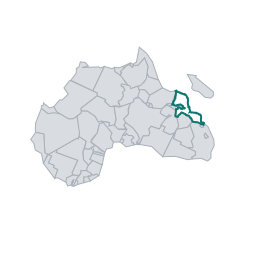 Africa, with Mozambique highlighted, rotated 295°
{"feature_id": "MOZ", "entity_name": "Mozambique", "entity_type": "country or territory", "adm_level": 0, "iso_a3": "MOZ", "parent_name": "Africa", "parent_adm1": "", "projection": "mercator", "projection_center": [35.316, -18.663], "detail": "fine", "context": "in_parent", "style": "outline", "palette": "teal", "viewbox_px": 256, "rotation_deg": 295, "n_neighbors": 49, "source": "natural_earth", "source_scale": "50m", "svg_char_len": 14482}
<svg xmlns="http://www.w3.org/2000/svg" viewBox="0 0 256 256"><g transform="rotate(295 128 128)"><path d="M166.9,133.7L179.0,142.2L178.9,150.9L181.5,155.1L179.7,156.5L168.4,157.9L166.6,153.1L159.8,150.6L157.2,146.4L156.6,141.8L159.8,139.2L159.0,134.2L166.9,133.7Z" fill="#d9dde1" stroke="#a8b0b8" stroke-width="1"/><path d="M70.3,66.9L70.3,70.7L62.8,70.6L62.9,77.0L60.8,77.2L60.7,82.0L51.3,82.8L60.3,66.2L70.3,66.9Z" fill="#d9dde1" stroke="#a8b0b8" stroke-width="1"/><path d="M156.6,141.8L159.8,150.6L155.2,151.0L154.4,158.5L157.2,159.4L157.4,161.9L151.7,158.1L140.3,156.9L139.3,148.2L135.6,147.4L133.2,149.8L129.7,150.0L127.1,145.0L117.6,144.8L120.9,141.8L123.1,142.9L126.3,139.6L130.0,132.6L132.1,122.0L134.2,120.2L140.9,122.4L148.2,119.6L152.1,119.7L154.5,121.8L157.4,121.1L160.8,126.6L157.8,130.2L156.6,141.8Z" fill="#d9dde1" stroke="#a8b0b8" stroke-width="1"/><path d="M184.4,135.4L183.0,125.3L185.6,122.0L192.0,120.2L198.5,113.4L189.1,110.7L186.6,107.5L187.9,105.4L191.3,107.8L206.0,104.1L203.6,113.2L198.4,122.0L184.4,135.4Z" fill="#d9dde1" stroke="#a8b0b8" stroke-width="1"/><path d="M179.0,142.2L166.9,133.7L169.5,127.3L167.2,121.9L170.1,119.1L176.5,123.4L185.0,122.7L183.0,125.3L184.4,135.4L179.0,142.2Z" fill="#d9dde1" stroke="#a8b0b8" stroke-width="1"/><path d="M145.8,112.8L144.0,111.8L143.2,111.2L143.5,108.6L139.8,102.8L142.3,95.5L144.2,95.7L144.1,85.2L146.7,85.2L146.7,80.4L173.7,80.4L175.1,88.6L177.2,90.1L173.6,92.5L172.3,100.5L167.7,107.3L167.1,111.8L164.3,103.6L161.2,109.2L158.1,108.1L155.7,110.2L150.7,110.0L146.9,108.1L144.2,112.0L145.8,112.8Z" fill="#d9dde1" stroke="#a8b0b8" stroke-width="1"/><path d="M144.1,86.3L144.2,95.7L142.3,95.5L139.8,102.8L141.9,106.1L130.8,113.6L124.7,114.7L121.7,109.8L125.1,108.8L123.1,101.1L120.7,98.6L124.6,93.3L126.1,84.3L123.7,78.3L126.0,76.9L144.1,86.3Z" fill="#d9dde1" stroke="#a8b0b8" stroke-width="1"/><path d="M127.1,199.3L128.2,198.0L131.9,200.5L135.2,199.0L135.2,189.6L137.4,194.8L139.0,194.6L142.9,190.9L148.2,191.4L156.8,183.0L160.8,183.4L162.5,188.6L162.3,192.3L160.5,192.1L159.6,194.6L161.0,196.0L164.5,194.6L163.1,199.8L154.0,210.4L148.5,213.6L141.2,213.4L135.6,215.9L131.7,214.1L131.4,207.4L127.1,199.3ZM155.8,200.3L153.7,200.0L151.3,202.7L153.8,204.5L155.8,200.3Z" fill="#d9dde1" stroke="#a8b0b8" stroke-width="1"/><path d="M155.8,200.3L153.8,204.5L151.3,202.7L153.7,200.0L155.8,200.3Z" fill="#d9dde1" stroke="#a8b0b8" stroke-width="1"/><path d="M160.8,183.4L153.6,181.5L147.3,172.5L151.4,173.0L158.7,167.2L164.6,170.1L164.1,178.7L160.8,183.4Z" fill="#d9dde1" stroke="#a8b0b8" stroke-width="1"/><path d="M156.8,183.0L148.2,191.4L142.9,190.9L139.0,194.6L137.4,194.8L135.2,189.6L135.2,182.4L137.4,182.3L137.5,173.7L147.3,172.5L153.6,181.5L156.8,183.0Z" fill="#d9dde1" stroke="#a8b0b8" stroke-width="1"/><path d="M135.2,182.4L135.2,199.0L131.9,200.5L128.2,198.0L127.1,199.3L124.5,195.5L122.4,183.1L116.6,171.5L146.9,172.1L137.5,173.7L137.4,182.3L135.2,182.4Z" fill="#d9dde1" stroke="#a8b0b8" stroke-width="1"/><path d="M52.1,100.4L50.0,97.8L53.4,93.7L56.9,93.4L62.4,98.0L63.9,103.1L52.2,103.3L51.8,101.5L58.6,100.6L52.1,100.4Z" fill="#d9dde1" stroke="#a8b0b8" stroke-width="1"/><path d="M63.9,103.1L62.4,98.0L63.5,96.2L77.4,96.0L75.4,73.1L78.8,73.0L97.1,86.0L97.2,87.5L99.7,87.3L98.3,95.8L87.6,97.2L80.9,100.7L77.7,107.9L71.8,108.3L69.3,103.4L66.9,104.5L63.9,103.1Z" fill="#d9dde1" stroke="#a8b0b8" stroke-width="1"/><path d="M51.3,82.8L60.7,82.0L60.8,77.2L62.9,77.0L62.8,70.6L70.3,70.7L70.3,66.9L78.8,73.0L75.4,73.1L77.4,96.0L63.5,96.2L62.4,98.0L56.9,93.4L52.6,94.5L53.1,85.0L51.3,82.8Z" fill="#d9dde1" stroke="#a8b0b8" stroke-width="1"/><path d="M96.1,117.4L94.2,117.6L93.8,110.8L91.8,107.7L96.5,103.6L98.6,107.1L96.2,112.2L96.1,117.4Z" fill="#d9dde1" stroke="#a8b0b8" stroke-width="1"/><path d="M123.7,78.3L126.1,84.3L124.6,93.3L120.7,98.6L123.1,101.1L122.2,103.0L119.7,100.4L110.5,102.2L102.4,99.8L99.3,100.6L98.2,104.9L92.3,102.2L90.9,97.3L98.3,95.8L99.7,87.3L117.2,76.8L122.1,79.2L123.7,78.3Z" fill="#d9dde1" stroke="#a8b0b8" stroke-width="1"/><path d="M96.1,117.4L99.9,100.1L110.5,102.2L119.7,100.4L123.1,104.0L116.7,115.7L111.0,116.9L109.3,120.7L103.4,121.9L99.8,117.3L96.1,117.4Z" fill="#d9dde1" stroke="#a8b0b8" stroke-width="1"/><path d="M122.9,102.2L125.1,108.8L121.7,109.8L125.0,114.1L122.9,120.8L126.2,127.7L111.9,126.4L109.3,121.4L109.9,119.1L113.0,115.6L116.7,115.7L122.9,102.2Z" fill="#d9dde1" stroke="#a8b0b8" stroke-width="1"/><path d="M92.0,106.5L94.2,117.6L92.4,118.1L89.9,107.1L92.0,106.5Z" fill="#d9dde1" stroke="#a8b0b8" stroke-width="1"/><path d="M90.1,106.4L92.4,118.1L83.5,120.2L83.3,106.6L90.1,106.4Z" fill="#d9dde1" stroke="#a8b0b8" stroke-width="1"/><path d="M71.8,108.3L75.9,107.6L83.6,109.6L83.5,120.2L72.5,121.7L72.8,118.6L70.5,116.9L71.8,108.3Z" fill="#d9dde1" stroke="#a8b0b8" stroke-width="1"/><path d="M58.9,102.8L66.9,104.5L69.3,103.4L71.8,108.3L71.2,114.1L69.1,114.9L67.9,112.1L66.2,112.6L64.8,108.7L59.9,111.3L55.7,106.4L58.9,102.8Z" fill="#d9dde1" stroke="#a8b0b8" stroke-width="1"/><path d="M52.2,103.3L58.9,102.8L58.8,104.6L55.7,106.4L52.2,103.3Z" fill="#d9dde1" stroke="#a8b0b8" stroke-width="1"/><path d="M70.8,114.1L70.5,116.9L72.8,118.6L72.5,121.7L64.0,116.2L66.8,112.4L69.1,114.9L70.8,114.1Z" fill="#d9dde1" stroke="#a8b0b8" stroke-width="1"/><path d="M59.9,111.3L64.8,108.7L66.8,112.4L64.0,116.2L59.9,111.3Z" fill="#d9dde1" stroke="#a8b0b8" stroke-width="1"/><path d="M77.7,107.9L80.3,101.3L87.6,97.2L90.9,97.3L92.3,102.2L94.9,102.7L92.0,106.5L83.3,106.6L83.6,109.6L77.7,107.9Z" fill="#d9dde1" stroke="#a8b0b8" stroke-width="1"/><path d="M152.1,119.7L145.4,120.0L140.9,122.4L134.2,120.2L131.9,123.6L128.9,123.1L126.3,126.4L122.8,119.2L124.7,114.7L130.8,113.6L141.9,106.1L143.2,111.2L152.1,119.7Z" fill="#d9dde1" stroke="#a8b0b8" stroke-width="1"/><path d="M131.9,123.6L130.0,132.6L126.3,139.6L123.1,142.9L118.6,141.7L117.0,143.0L115.2,140.6L116.9,139.4L116.1,137.9L118.5,136.0L121.8,137.2L122.7,134.6L121.4,131.5L122.4,128.9L120.1,128.6L119.7,126.4L126.2,127.7L128.9,123.1L131.9,123.6Z" fill="#d9dde1" stroke="#a8b0b8" stroke-width="1"/><path d="M115.6,126.5L119.4,126.3L120.1,128.6L122.4,128.9L121.4,131.5L122.7,134.6L121.8,137.2L118.5,136.0L116.1,137.9L116.9,139.4L115.2,140.6L110.0,134.1L111.5,129.3L115.6,129.2L115.6,126.5Z" fill="#d9dde1" stroke="#a8b0b8" stroke-width="1"/><path d="M111.9,126.4L115.6,126.5L115.6,129.2L111.5,129.3L111.9,126.4Z" fill="#d9dde1" stroke="#a8b0b8" stroke-width="1"/><path d="M159.8,150.6L165.4,153.7L164.2,163.0L165.4,163.6L158.5,165.5L158.7,167.2L151.4,173.0L142.7,172.0L139.7,168.6L139.8,161.1L144.5,161.1L144.3,156.5L151.7,158.1L157.4,161.9L157.2,159.4L154.4,158.5L154.6,152.5L155.8,150.7L159.8,150.6Z" fill="#d9dde1" stroke="#a8b0b8" stroke-width="1"/><path d="M164.3,152.6L167.8,154.8L168.4,162.7L171.0,165.1L169.5,170.3L168.2,165.1L164.2,163.0L166.0,155.6L164.3,152.6Z" fill="#d9dde1" stroke="#a8b0b8" stroke-width="1"/><path d="M162.8,194.6L161.0,196.0L159.6,194.6L160.5,192.1L162.8,194.6Z" fill="#d9dde1" stroke="#a8b0b8" stroke-width="1"/><path d="M117.0,143.0L118.7,142.9L117.6,144.8L117.0,143.0ZM118.0,145.5L127.1,145.0L129.7,150.0L133.2,149.8L135.6,147.4L139.3,148.2L140.3,156.9L144.5,157.3L144.5,161.1L139.8,161.1L139.7,168.6L142.7,172.0L116.6,171.5L121.2,157.4L118.0,145.5Z" fill="#d9dde1" stroke="#a8b0b8" stroke-width="1"/><path d="M159.2,137.1L159.8,139.2L156.6,141.8L155.9,138.0L159.2,137.1Z" fill="#d9dde1" stroke="#a8b0b8" stroke-width="1"/><path d="M201.7,159.1L204.3,167.7L202.7,167.7L196.9,190.1L193.1,191.7L190.0,190.2L188.4,184.7L190.9,176.6L189.8,171.7L190.9,168.9L195.1,167.9L201.7,159.1Z" fill="#d9dde1" stroke="#a8b0b8" stroke-width="1"/><path d="M51.8,101.5L55.8,99.8L58.6,100.6L51.8,101.5Z" fill="#d9dde1" stroke="#a8b0b8" stroke-width="1"/><path d="M111.5,59.4L107.1,49.2L109.1,41.2L111.6,40.1L113.1,41.9L115.0,40.8L113.0,48.5L116.1,51.8L111.5,59.4Z" fill="#d9dde1" stroke="#a8b0b8" stroke-width="1"/><path d="M70.3,66.9L70.3,63.2L87.0,54.2L85.1,46.2L87.3,44.7L93.3,42.2L109.1,41.2L107.1,49.2L110.6,54.6L112.3,61.7L111.2,70.2L113.4,74.5L117.2,76.8L102.9,86.2L97.2,87.5L97.1,86.0L70.3,66.9Z" fill="#d9dde1" stroke="#a8b0b8" stroke-width="1"/><path d="M172.7,98.5L173.6,92.5L177.2,90.1L179.1,95.0L187.8,102.5L186.1,102.9L180.8,98.3L172.7,98.5Z" fill="#d9dde1" stroke="#a8b0b8" stroke-width="1"/><path d="M60.3,66.2L68.3,60.3L68.9,53.3L74.3,49.1L76.5,44.6L85.1,46.2L87.0,54.2L70.3,63.2L70.3,66.2L60.3,66.2Z" fill="#d9dde1" stroke="#a8b0b8" stroke-width="1"/><path d="M173.7,80.4L146.7,80.4L147.1,56.0L155.6,57.9L160.3,56.0L162.5,57.7L167.8,56.9L169.3,61.5L167.5,65.8L163.4,60.8L171.0,75.6L170.6,77.7L173.7,80.4Z" fill="#d9dde1" stroke="#a8b0b8" stroke-width="1"/><path d="M146.6,55.1L146.7,85.2L144.1,86.3L126.0,76.9L122.1,79.2L113.4,74.5L111.2,70.2L112.6,56.5L116.1,51.8L124.6,54.2L125.7,56.5L133.3,59.5L137.3,53.0L146.6,55.1Z" fill="#d9dde1" stroke="#a8b0b8" stroke-width="1"/><path d="M198.5,113.4L192.0,120.2L179.8,123.8L172.1,121.5L164.8,113.9L172.7,98.5L175.3,99.0L176.0,97.2L184.4,100.8L186.1,102.9L184.8,106.3L187.1,106.6L189.1,110.7L198.5,113.4Z" fill="#d9dde1" stroke="#a8b0b8" stroke-width="1"/><path d="M186.1,102.9L188.3,103.2L187.1,106.6L184.8,106.3L186.1,102.9Z" fill="#d9dde1" stroke="#a8b0b8" stroke-width="1"/><path d="M166.9,133.7L157.1,134.6L160.9,123.0L167.2,121.9L168.3,123.5L169.5,127.3L166.9,133.7Z" fill="#d9dde1" stroke="#a8b0b8" stroke-width="1"/><path d="M159.0,134.2L159.8,136.8L155.9,138.0L156.5,135.3L159.0,134.2Z" fill="#d9dde1" stroke="#a8b0b8" stroke-width="1"/><path d="M160.0,123.6L157.4,121.1L153.5,121.6L144.2,112.0L148.5,107.8L150.7,110.0L155.7,110.2L158.1,108.1L161.2,109.2L163.5,106.3L162.8,104.2L165.4,103.7L167.1,111.8L164.8,113.9L170.1,119.1L165.8,123.0L160.0,123.6Z" fill="#d9dde1" stroke="#a8b0b8" stroke-width="1"/><path d="M161.0,183.8L161.3,183.5L161.7,183.2L162.0,182.8L162.4,182.4L162.7,182.1L163.1,181.6L163.5,181.2L163.4,180.7L163.7,180.2L163.7,179.9L163.7,179.7L163.8,179.4L164.2,179.2L164.4,178.8L164.6,178.5L164.9,177.9L164.9,177.6L164.8,177.4L164.6,177.1L164.5,176.9L164.4,176.5L164.5,176.1L164.6,175.9L164.5,175.7L164.4,175.6L164.2,175.4L164.2,175.2L164.3,175.1L164.6,175.0L164.6,174.9L164.7,174.6L164.8,174.3L164.9,174.0L164.9,173.9L164.8,173.6L164.8,173.3L164.8,172.6L164.9,171.8L164.8,171.3L164.6,170.8L164.6,170.5L164.8,170.2L164.7,170.0L164.3,170.0L164.1,169.8L163.7,169.6L163.2,169.4L162.5,169.4L161.9,168.9L161.5,168.8L161.3,168.7L160.9,168.4L160.2,168.4L159.5,168.4L159.1,168.4L159.0,167.9L159.0,167.5L158.9,167.2L158.9,166.8L158.8,166.7L158.7,166.5L158.6,166.2L159.1,165.8L159.3,165.7L159.6,165.6L160.2,165.4L160.7,165.3L161.1,165.2L161.6,165.0L161.8,164.9L162.0,164.8L162.6,164.7L163.1,164.5L163.2,164.4L163.9,164.2L164.6,164.0L164.9,163.9L165.4,163.7L165.4,163.8L165.8,164.4L166.0,164.7L166.3,165.0L166.5,164.9L167.1,164.8L167.3,164.8L167.4,164.7L167.6,164.7L167.9,164.6L168.0,164.7L168.3,165.1L168.4,165.4L168.4,165.8L168.4,166.1L168.4,166.4L168.4,166.7L168.2,167.1L168.1,167.4L168.0,167.7L167.8,167.8L167.7,168.0L167.8,168.2L168.0,168.4L168.1,168.6L168.1,168.9L168.1,169.0L168.4,169.1L168.6,169.4L168.9,169.7L169.3,170.2L169.5,170.3L169.7,170.5L169.5,170.8L169.6,171.0L169.9,171.1L170.1,171.0L170.1,170.3L170.0,169.9L169.8,169.7L170.0,169.3L170.1,169.0L170.2,168.8L170.8,168.7L171.0,168.6L171.2,168.3L171.3,167.6L171.3,167.0L171.3,166.7L171.3,166.1L171.5,165.8L171.4,165.7L171.4,165.3L171.0,164.8L170.5,164.2L170.3,163.8L170.0,163.4L169.5,162.8L169.2,162.6L168.7,162.5L168.6,162.4L168.4,162.2L168.4,161.9L168.4,161.6L168.3,161.2L168.3,160.6L168.2,160.4L168.1,159.9L168.0,159.5L168.0,159.4L168.2,159.0L168.4,158.8L168.4,158.6L168.5,158.3L168.6,158.1L169.0,158.0L169.3,158.0L169.8,158.0L170.4,158.1L170.5,158.1L170.9,158.1L171.0,157.9L171.5,157.8L171.9,158.0L172.1,158.1L172.1,158.3L172.4,158.3L172.9,158.4L173.2,158.3L173.5,158.1L173.9,158.0L174.1,158.1L174.5,158.3L174.8,158.4L175.2,158.3L175.6,158.1L175.9,157.8L175.9,157.6L176.0,157.4L176.3,157.4L176.6,157.4L177.0,157.4L177.4,157.7L177.6,157.5L178.0,157.2L178.5,157.1L178.9,157.1L179.2,157.0L179.5,156.8L179.8,156.7L180.1,156.6L180.4,156.5L180.8,156.3L181.2,156.0L181.6,155.7L181.8,155.5L182.0,155.7L182.2,155.9L182.0,156.1L181.9,156.2L182.1,156.3L182.0,156.5L181.9,156.7L182.0,156.8L181.9,157.1L181.7,157.3L181.7,157.5L181.8,157.7L181.8,158.2L181.9,158.7L181.9,158.9L182.0,159.0L181.9,159.3L181.9,159.7L182.0,159.9L181.9,160.2L182.0,160.2L182.1,160.5L182.1,160.8L181.8,161.1L181.8,161.3L182.1,161.3L182.1,161.5L182.1,161.9L182.0,162.0L182.0,162.4L182.0,162.6L182.1,162.8L182.1,163.3L182.1,164.0L182.3,164.1L182.4,164.4L182.2,164.6L182.2,164.9L182.4,164.7L182.5,164.7L182.6,164.8L182.7,165.0L182.7,165.4L182.7,165.5L182.4,165.9L182.3,166.1L182.2,166.2L182.2,166.3L182.3,166.5L182.1,167.1L181.5,167.8L181.3,168.1L181.0,168.3L181.0,168.5L180.7,168.9L180.5,169.0L180.3,169.1L180.4,169.4L180.2,169.5L179.9,169.8L179.1,170.3L178.9,170.4L178.7,170.7L178.4,170.8L178.0,170.9L177.9,170.9L177.7,170.9L177.1,171.2L176.6,171.3L176.4,171.4L176.4,171.5L175.9,171.7L175.1,172.1L174.5,172.5L174.1,172.9L174.0,173.0L173.8,173.1L173.8,173.3L173.7,173.4L173.4,173.9L172.9,174.4L172.8,174.5L172.6,174.8L172.6,175.0L172.4,175.0L172.3,174.8L172.2,175.2L171.7,175.3L171.4,175.5L170.9,175.9L170.3,176.7L169.3,177.5L169.2,177.5L168.8,177.2L168.6,177.2L168.8,177.4L168.9,177.5L168.9,177.8L168.9,178.1L168.7,178.9L168.8,179.1L168.9,179.3L169.2,179.6L169.4,179.9L169.7,180.8L169.7,181.3L170.0,181.9L170.1,182.2L170.2,182.9L170.2,183.4L170.2,183.8L170.3,183.9L170.3,183.6L170.4,183.2L170.5,183.1L170.6,183.3L170.7,183.5L170.5,184.4L170.6,184.7L170.7,185.2L170.6,185.7L170.3,187.0L170.3,187.3L170.5,187.4L170.5,187.2L170.7,187.3L170.5,187.9L170.4,188.1L170.0,188.8L169.8,189.1L169.4,189.3L168.5,189.8L166.8,190.4L166.1,190.7L165.7,190.9L164.8,191.4L164.4,191.8L164.3,192.3L164.1,192.5L164.1,193.0L164.4,193.2L164.5,193.3L164.7,193.1L164.8,192.9L164.7,193.4L164.6,194.8L164.4,194.9L164.0,194.9L163.7,194.9L163.4,194.9L163.1,194.8L162.9,194.9L162.9,194.0L162.8,193.9L162.7,193.6L162.7,193.4L162.8,193.3L162.8,193.0L162.8,192.8L162.6,192.7L162.5,192.4L162.4,192.2L162.6,191.8L162.6,191.1L162.6,190.9L162.6,190.4L162.6,189.8L162.6,189.3L162.6,188.9L162.6,188.7L162.4,188.3L162.3,187.8L162.2,187.5L162.0,187.2L161.9,187.1L161.9,186.9L161.7,186.6L161.6,186.4L161.6,185.9L161.4,185.3L161.3,184.8L161.1,184.3L161.0,184.0L161.0,183.9L161.0,183.8ZM168.8,159.3L168.9,159.2L168.7,159.0L168.7,159.3L168.8,159.3ZM168.6,159.1L168.4,159.0L168.5,159.2L168.6,159.1Z" fill="none" stroke="#0f766e" stroke-width="2"/></g></svg>